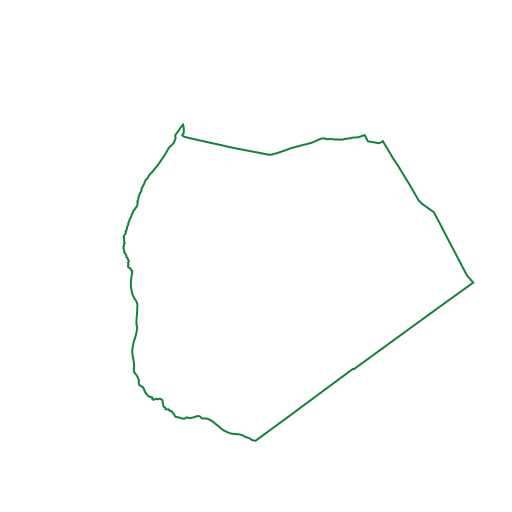 Wajir South, North-Eastern, Kenya, rotated 54°
{"feature_id": "3690345B47933297170219", "entity_name": "Wajir South", "entity_type": "district", "adm_level": 2, "iso_a3": "KEN", "parent_name": "Kenya", "parent_adm1": "North-Eastern", "projection": "robinson", "projection_center": [40.096, 0.963], "detail": "fine", "context": "isolated", "style": "outline", "palette": "green", "viewbox_px": 512, "rotation_deg": 54, "n_neighbors": 0, "source": "geoboundaries", "source_scale": "gbopen_adm2", "svg_char_len": 6122}
<svg xmlns="http://www.w3.org/2000/svg" viewBox="0 0 512 512"><g transform="rotate(54 256 256)"><path d="M405.2,365.0L405.0,314.9L404.9,311.1L404.3,243.7L405.1,243.1L405.0,140.9L405.2,99.5L405.2,95.9L395.5,96.8L394.9,96.7L393.1,96.4L363.6,92.0L363.2,92.0L346.4,89.5L339.8,88.5L337.0,88.0L334.6,87.7L328.0,86.8L325.7,86.4L325.1,86.4L314.3,90.0L312.1,90.7L310.9,91.3L310.0,91.3L309.5,91.2L307.7,91.6L307.1,91.8L291.1,90.1L287.5,89.7L281.4,89.3L267.1,88.1L264.0,88.0L257.6,87.7L252.4,87.2L237.7,85.9L237.8,86.4L237.8,87.2L237.6,87.9L236.9,90.3L236.6,90.7L233.9,93.2L230.5,96.6L229.4,97.8L229.0,98.0L228.3,98.0L225.8,97.6L222.9,97.2L222.0,97.0L221.8,97.9L220.3,102.6L219.8,103.9L219.4,104.5L219.0,105.2L216.9,108.5L216.7,109.0L216.6,109.4L216.5,110.0L216.0,110.9L214.9,112.8L214.2,114.4L213.8,114.8L213.5,115.3L213.2,116.2L213.0,116.9L212.2,118.3L210.7,120.3L210.2,121.0L209.4,121.7L208.6,123.1L208.1,123.8L207.2,124.5L206.7,125.0L203.5,129.5L203.2,129.9L201.3,131.4L200.8,131.9L200.4,132.5L199.5,133.9L199.2,134.8L198.8,136.3L198.3,138.9L198.0,140.5L197.4,142.8L197.3,143.7L197.1,144.4L194.5,151.1L193.6,153.1L192.8,155.4L189.7,163.4L189.4,164.1L188.8,166.2L188.0,169.3L186.4,174.4L185.3,178.0L184.0,181.4L183.5,183.1L183.3,183.5L183.0,184.0L182.4,184.8L181.9,185.7L180.8,186.8L174.7,192.5L170.0,196.9L167.3,199.5L158.0,208.2L150.4,215.1L148.1,217.0L135.3,228.4L123.5,238.8L120.7,241.2L118.6,242.9L117.4,243.8L116.9,244.2L116.4,244.5L115.3,244.6L114.9,244.7L114.7,244.1L114.4,243.4L114.2,242.5L113.4,241.8L112.5,240.9L109.9,239.2L108.8,238.6L107.7,238.2L106.8,237.9L107.7,241.1L108.2,242.6L109.0,244.7L109.8,246.8L110.3,248.8L110.4,249.4L110.7,250.0L111.0,250.4L111.5,250.8L113.2,251.7L113.7,252.1L114.3,253.1L115.8,255.4L116.3,256.7L116.4,257.1L116.6,257.7L116.8,260.3L117.0,261.6L117.2,262.4L117.6,263.7L119.3,267.3L121.5,272.6L122.7,276.1L124.0,279.9L125.1,283.4L126.0,286.9L127.0,290.6L127.7,294.2L128.1,295.6L128.8,297.1L129.0,297.6L129.4,298.1L129.4,299.3L129.4,299.8L129.6,300.5L129.9,301.2L130.4,301.7L130.9,302.8L131.8,304.0L132.1,304.5L132.8,306.0L133.4,307.0L133.7,307.9L134.4,309.1L135.2,309.8L136.0,310.5L136.3,310.8L136.4,311.3L136.7,312.0L136.8,312.5L137.0,312.8L137.4,313.5L138.1,314.7L138.8,315.2L139.1,315.8L139.3,316.4L139.5,316.8L140.6,317.7L141.4,318.4L141.9,319.1L142.0,319.6L142.1,320.0L142.7,320.1L143.1,320.4L143.6,320.6L143.9,320.9L144.2,321.3L144.5,321.7L145.4,322.5L145.7,322.8L145.9,323.8L146.2,324.3L146.3,324.8L146.5,325.4L147.1,327.1L147.2,327.8L147.3,328.4L148.0,329.6L148.9,330.8L149.2,331.9L149.5,332.4L149.8,332.7L150.2,333.1L150.9,334.1L151.2,334.6L151.4,335.1L151.5,335.6L151.6,335.9L151.9,336.2L152.2,336.5L152.3,337.0L152.7,337.5L153.0,337.7L153.2,337.9L153.8,339.0L153.9,339.5L154.1,339.8L154.6,340.1L155.2,340.6L155.8,341.2L155.9,341.8L156.0,342.1L156.5,342.8L156.8,343.1L157.2,343.5L157.8,344.2L158.2,344.4L158.7,345.3L159.2,346.0L159.3,346.6L159.6,347.1L160.0,346.9L160.6,347.6L161.1,348.4L161.4,349.1L161.7,349.7L162.0,350.2L162.2,351.2L162.5,351.5L162.8,351.7L163.1,352.0L163.9,352.0L164.6,352.6L165.0,353.1L166.0,353.7L166.6,353.8L167.1,354.2L167.6,354.4L168.1,354.4L168.3,354.9L168.4,355.5L169.1,356.1L169.5,356.2L169.7,356.4L170.1,356.9L170.4,357.3L170.5,357.9L171.2,358.1L171.5,358.3L171.8,358.6L172.3,359.0L172.8,359.1L173.3,359.3L174.1,359.4L174.6,359.6L175.0,360.0L175.5,360.4L176.0,360.5L176.7,360.5L177.1,360.3L177.5,360.3L178.5,360.5L179.3,360.6L179.8,360.8L180.6,361.5L182.0,361.1L182.4,361.1L182.7,361.2L183.1,361.6L183.7,361.7L184.7,361.7L185.3,361.9L185.7,362.3L186.0,362.8L186.1,363.2L186.2,363.4L186.4,363.5L186.8,363.6L187.2,364.0L187.7,364.2L188.1,364.4L188.4,364.8L188.6,365.2L189.1,365.6L189.7,365.8L190.4,365.8L190.9,365.7L191.5,365.2L191.9,365.0L192.5,364.9L192.9,365.0L193.3,365.1L193.7,365.3L194.3,365.2L194.9,365.0L195.5,365.0L196.0,365.5L196.6,365.9L197.0,366.2L197.8,367.1L200.1,369.5L202.5,371.6L203.9,372.8L205.7,374.1L207.3,375.2L209.3,376.3L210.9,377.0L213.0,378.0L215.0,378.6L216.5,379.0L217.2,379.1L218.9,379.3L222.2,379.4L223.2,379.6L224.2,379.9L225.1,380.2L226.0,380.8L227.9,382.3L232.9,386.3L233.5,386.8L236.1,389.1L239.0,391.5L239.8,392.0L241.5,393.1L243.5,393.9L244.3,394.4L245.1,395.0L245.8,395.8L247.3,397.3L248.8,399.0L251.7,402.7L252.6,404.0L253.4,405.0L254.6,406.6L255.3,407.3L256.9,409.0L258.3,410.3L259.8,411.7L261.8,413.1L264.0,414.3L266.0,415.3L266.7,415.6L268.1,416.2L271.7,418.2L273.6,419.4L276.1,421.6L277.1,422.3L277.8,422.6L278.3,422.8L281.6,422.7L283.5,422.8L284.4,422.9L286.7,423.4L287.7,423.8L288.2,424.2L288.9,424.8L290.3,425.7L290.9,426.0L291.5,426.1L292.1,426.1L292.6,425.9L293.9,425.4L294.7,424.9L296.1,424.6L297.5,424.8L300.4,425.6L301.2,425.7L302.2,425.7L302.8,425.6L305.6,425.5L306.2,425.4L306.7,425.2L307.2,425.0L308.7,423.5L309.1,423.3L309.6,423.1L310.1,423.2L310.8,423.9L311.1,424.1L311.4,424.0L311.6,423.9L312.0,423.4L312.3,422.7L312.8,420.7L313.1,420.4L314.0,419.9L314.3,419.5L314.5,419.0L314.6,418.4L314.8,417.9L315.1,417.6L315.3,417.5L316.0,417.0L316.8,416.7L317.2,416.6L317.8,416.5L318.4,416.7L319.4,417.3L319.9,417.7L320.7,418.0L321.3,418.2L322.1,418.7L322.6,419.0L323.1,419.1L323.9,419.2L324.4,419.1L325.1,418.6L325.7,418.8L326.8,419.2L327.1,419.1L327.6,418.5L328.3,417.4L328.7,416.9L329.2,416.7L329.8,416.8L330.2,417.0L330.5,416.9L330.8,416.7L331.2,416.0L331.8,415.5L332.4,415.4L333.4,415.6L335.2,415.4L336.3,415.4L337.2,415.5L338.0,415.7L338.5,415.7L339.0,415.4L340.8,413.7L342.2,412.6L344.2,411.0L345.4,409.9L345.6,409.5L345.7,408.9L345.7,407.5L345.8,406.9L346.2,406.5L346.6,406.3L347.2,406.0L347.6,405.8L347.9,405.4L349.6,402.1L350.1,400.6L350.5,399.1L350.8,398.3L351.1,397.4L351.5,396.8L352.0,396.3L352.5,395.9L352.9,395.8L353.5,395.6L354.8,395.4L355.5,395.2L355.9,394.9L356.3,394.4L357.5,392.6L358.5,391.6L359.6,390.6L362.0,389.3L362.8,389.0L364.0,388.5L369.5,387.0L371.7,386.3L375.4,385.6L376.2,385.3L377.1,385.1L378.5,384.5L379.3,384.1L384.7,380.8L388.7,376.5L390.7,374.1L391.2,373.7L393.7,372.0L394.1,371.8L394.9,371.5L396.2,371.0L396.9,370.5L397.5,369.9L398.5,369.1L399.2,368.7L399.7,368.4L402.0,367.6L402.7,367.3L404.1,366.1L405.2,365.0Z" fill="none" stroke="#15803d" stroke-width="2"/></g></svg>